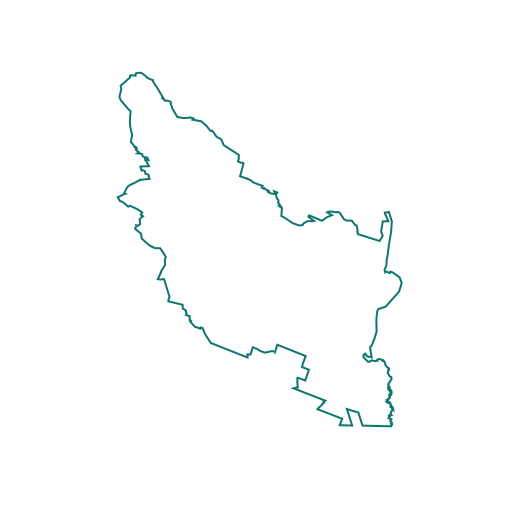 outline of Valdgales pag., Talsi, Latvia, rotated 204°
{"feature_id": "27541924B70707230241398", "entity_name": "Valdgales pag.", "entity_type": "district", "adm_level": 2, "iso_a3": "LVA", "parent_name": "Latvia", "parent_adm1": "Talsi", "projection": "natural_earth1", "projection_center": [22.377, 57.35], "detail": "fine", "context": "isolated", "style": "outline", "palette": "teal", "viewbox_px": 512, "rotation_deg": 204, "n_neighbors": 0, "source": "geoboundaries", "source_scale": "gbopen_adm2", "svg_char_len": 5931}
<svg xmlns="http://www.w3.org/2000/svg" viewBox="0 0 512 512"><g transform="rotate(204 256 256)"><path d="M390.6,286.3L389.3,286.5L387.2,286.4L387.2,286.2L384.6,283.2L392.9,278.4L392.7,278.2L393.3,277.8L398.4,271.3L398.6,271.3L399.2,270.7L400.2,269.3L401.6,266.7L402.0,260.1L400.7,259.8L401.2,259.5L404.7,255.1L405.7,254.3L406.3,253.6L402.6,250.8L400.8,251.1L398.8,251.0L398.0,250.5L397.3,250.5L392.8,249.1L391.6,250.6L383.9,250.5L377.7,249.5L378.0,246.8L375.4,246.3L376.1,245.0L376.3,245.0L377.2,242.1L374.9,238.3L375.9,235.9L378.0,235.3L377.3,234.4L377.7,231.9L377.4,231.6L370.2,229.7L367.4,225.5L364.4,224.4L357.4,222.3L354.1,222.3L354.1,222.0L351.3,222.1L349.7,222.9L346.6,224.1L343.8,222.2L343.4,222.2L337.9,218.3L337.8,216.1L337.5,214.7L335.4,211.0L336.4,204.1L336.4,202.4L336.1,202.3L336.3,194.9L333.6,195.6L331.9,196.9L330.6,197.5L318.4,183.5L318.3,181.2L317.6,178.9L303.2,181.6L301.4,178.1L298.4,178.0L296.7,176.1L297.0,176.0L295.7,174.7L295.9,173.6L292.1,174.0L290.7,170.9L289.1,170.5L289.6,169.4L282.6,166.3L282.3,166.7L277.3,166.9L277.4,168.2L275.4,168.5L272.8,165.8L269.6,163.1L261.6,158.0L261.4,158.2L222.4,159.8L223.8,162.7L221.1,163.6L221.0,164.1L221.8,171.3L216.4,171.5L213.4,170.9L208.2,171.5L202.7,175.7L200.0,176.1L199.6,175.8L200.4,183.6L170.0,184.8L169.5,178.4L169.6,178.0L169.5,177.9L169.0,173.3L161.4,173.6L160.4,162.3L167.9,161.9L168.0,161.4L168.5,161.3L166.9,157.4L164.4,153.1L167.9,150.4L134.0,152.0L135.1,150.6L134.3,150.1L134.8,148.9L134.5,148.9L135.8,145.5L137.6,141.5L137.5,140.9L136.6,141.1L111.1,142.4L110.7,135.5L99.2,140.2L110.7,153.2L105.9,153.7L98.8,154.7L97.1,152.6L89.7,144.4L63.4,155.3L63.8,156.6L63.1,157.0L63.1,157.4L63.6,157.8L64.6,158.0L64.5,158.3L63.9,158.8L63.9,159.0L65.2,159.3L66.2,159.8L66.3,160.2L65.8,161.7L66.0,162.1L66.6,161.8L68.6,161.7L69.0,161.7L69.1,162.0L68.2,163.8L68.2,164.1L68.6,164.3L69.3,164.0L69.7,164.1L69.7,164.3L67.8,165.7L69.0,165.8L69.0,166.0L68.6,166.6L69.0,167.6L69.1,167.8L68.9,168.2L69.1,168.5L69.0,169.0L69.2,169.5L68.9,169.9L68.7,170.8L67.8,170.9L68.5,171.7L69.1,171.8L68.9,172.4L69.3,173.2L69.7,173.2L69.8,172.6L70.0,172.3L70.4,172.5L70.9,172.9L71.5,172.8L71.9,172.9L71.8,173.7L71.1,173.6L71.1,174.1L71.5,174.5L72.3,174.7L72.6,175.3L73.4,175.4L73.4,175.9L74.0,175.7L74.3,175.8L74.0,176.3L74.2,176.7L75.1,176.8L75.2,176.6L75.2,175.8L75.7,175.5L76.7,175.5L76.9,175.6L76.3,175.7L76.3,175.9L76.4,176.0L76.9,175.9L77.3,176.2L77.2,177.0L77.9,177.6L76.8,178.1L76.8,178.4L77.3,178.5L77.3,178.8L77.0,179.0L77.0,179.6L76.5,179.8L76.2,180.3L76.2,180.8L77.1,182.0L76.5,182.0L76.7,182.5L76.6,183.2L77.1,183.3L77.1,183.6L77.5,183.6L77.6,183.9L76.6,183.8L76.2,184.0L76.4,184.2L76.9,184.3L76.8,184.7L76.9,184.9L76.4,185.0L76.2,186.0L76.9,186.7L77.4,186.4L77.9,186.4L78.0,186.5L77.5,186.9L78.1,187.4L77.4,187.8L77.7,188.1L78.0,187.9L78.4,188.1L78.6,187.8L79.3,188.3L79.5,188.1L79.6,187.6L80.2,187.6L80.5,187.9L80.0,188.4L80.6,188.7L81.3,188.7L81.7,189.0L81.5,189.7L80.3,190.0L81.2,191.1L81.4,191.1L81.4,190.9L82.3,191.1L82.9,192.2L82.6,192.8L83.2,193.9L82.6,194.9L82.1,199.0L83.2,200.0L83.3,200.5L84.5,200.3L86.7,201.7L88.3,203.0L88.4,203.6L88.2,205.5L88.8,205.5L88.6,207.4L91.2,207.8L93.1,208.9L94.1,209.8L94.5,210.9L95.3,211.5L97.0,211.8L96.7,212.2L97.5,212.5L98.9,212.1L100.1,212.3L101.3,212.1L102.1,211.6L102.9,211.0L103.0,210.6L102.9,209.8L102.6,209.6L105.1,208.2L107.8,207.8L108.7,206.9L108.7,206.0L110.5,205.0L115.9,206.9L116.9,207.6L117.2,208.6L117.6,209.1L116.4,211.3L115.2,210.7L114.2,209.5L109.1,210.4L114.7,218.9L113.9,221.8L113.9,223.0L114.2,227.6L114.1,227.8L115.1,236.0L120.3,247.1L122.7,254.7L122.8,257.1L117.0,262.4L110.8,281.7L111.9,290.5L116.1,294.9L124.6,296.6L126.9,296.4L126.7,294.9L131.4,294.6L131.5,293.9L133.0,295.8L133.0,300.3L134.8,305.0L136.3,310.9L139.2,320.6L142.6,333.6L146.0,342.9L152.5,350.3L156.0,348.0L155.9,347.8L154.1,345.9L153.9,346.0L149.3,341.5L154.2,339.2L151.7,329.2L148.5,326.0L149.2,320.0L171.7,317.4L172.4,318.4L173.3,319.2L173.1,319.9L176.4,324.8L178.0,324.6L181.6,326.6L182.9,327.2L187.8,325.2L191.0,325.5L193.0,327.0L194.5,327.8L196.4,329.2L197.6,329.7L198.8,329.3L199.2,329.2L199.4,329.4L200.6,328.5L205.5,327.2L208.2,325.6L208.8,324.8L203.2,324.3L206.9,320.4L210.1,315.0L224.0,314.8L224.0,313.1L217.3,311.7L219.1,310.5L223.2,308.7L225.8,305.1L226.0,303.2L228.9,301.5L235.6,300.9L243.6,302.3L247.2,302.8L249.1,302.8L251.8,310.4L254.0,310.7L255.4,311.3L254.2,311.9L255.0,312.3L256.1,313.2L257.6,313.8L257.9,315.6L258.1,315.9L258.8,316.5L260.3,317.0L261.7,319.0L263.1,320.4L263.2,320.7L262.4,322.0L262.3,322.7L265.6,322.5L264.1,321.1L264.8,320.0L268.1,319.2L271.3,319.5L270.8,320.6L274.5,320.8L276.1,321.3L276.3,320.6L278.0,320.8L278.5,320.9L278.5,322.8L282.3,322.4L288.7,322.1L290.2,322.7L295.1,323.3L295.1,323.0L303.0,322.4L304.8,334.3L305.2,335.7L306.2,335.7L307.6,335.2L310.5,334.9L311.2,335.6L311.1,336.5L311.2,337.6L312.9,341.4L330.4,344.1L335.2,348.4L340.3,348.9L341.9,349.6L344.5,351.4L347.2,352.6L348.4,351.8L354.2,354.7L360.8,356.8L369.5,354.7L369.1,356.2L372.5,355.9L373.5,355.0L378.2,352.5L384.4,351.0L392.4,356.7L393.5,358.1L396.0,360.3L395.9,361.5L397.0,362.2L400.1,361.9L402.2,360.8L403.6,361.6L405.8,361.9L405.9,362.5L405.3,362.9L416.2,370.5L420.9,373.4L421.6,374.7L424.5,374.5L428.0,374.6L429.9,375.5L433.6,376.3L434.0,376.5L435.2,376.5L437.0,376.0L439.9,374.2L440.0,373.7L439.4,371.7L440.6,371.6L441.7,370.8L443.5,370.4L444.3,369.9L444.4,369.2L443.6,368.1L448.9,356.5L446.7,353.2L446.1,348.9L445.5,345.8L443.1,343.5L441.6,342.6L431.6,337.9L429.7,337.4L429.1,336.6L427.9,332.7L426.4,329.1L426.2,328.2L423.8,323.4L418.5,316.3L416.7,309.1L414.8,308.6L411.2,306.2L410.2,306.8L409.1,306.1L409.5,305.6L408.5,305.2L409.0,304.2L405.2,303.1L406.2,301.5L401.5,302.9L400.1,300.9L397.9,300.9L396.3,301.6L395.1,301.5L393.3,299.9L396.6,299.2L396.0,298.4L394.6,297.9L390.3,294.5L395.7,291.9L397.9,290.8L398.0,290.6L395.1,287.5L394.2,288.3L392.1,288.4L390.6,286.3Z" fill="none" stroke="#0f766e" stroke-width="2"/></g></svg>